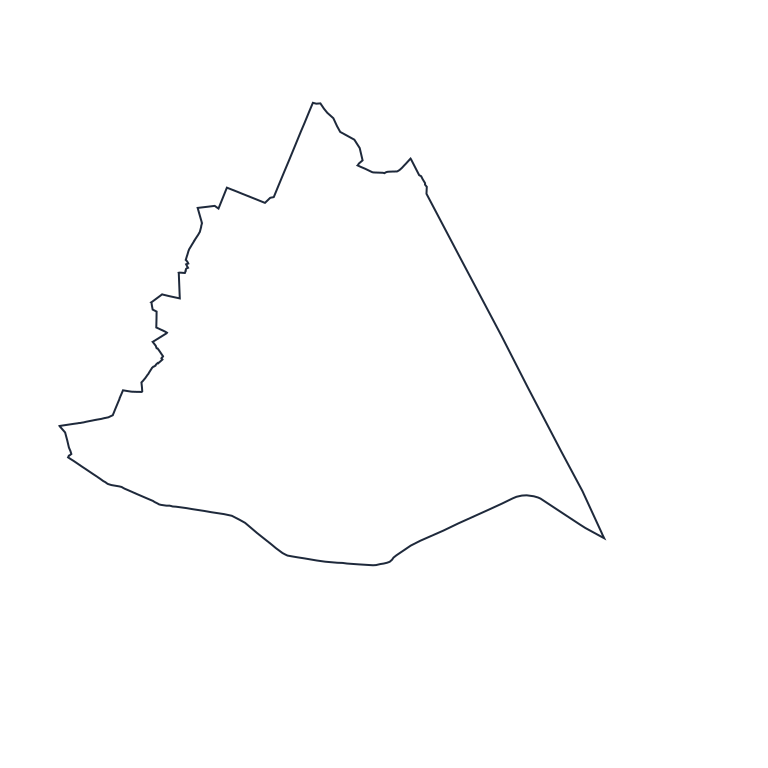 outline of Nagļu pag., Rezeknes, Latvia, rotated 118°
{"feature_id": "27541924B68754646621039", "entity_name": "Nagļu pag.", "entity_type": "district", "adm_level": 2, "iso_a3": "LVA", "parent_name": "Latvia", "parent_adm1": "Rezeknes", "projection": "orthographic", "projection_center": [26.915, 56.737], "detail": "fine", "context": "isolated", "style": "outline", "palette": "slate", "viewbox_px": 768, "rotation_deg": 118, "n_neighbors": 0, "source": "geoboundaries", "source_scale": "gbopen_adm2", "svg_char_len": 4462}
<svg xmlns="http://www.w3.org/2000/svg" viewBox="0 0 768 768"><g transform="rotate(118 384 384)"><path d="M382.2,617.5L382.4,617.3L382.7,617.1L404.3,604.5L407.2,614.7L408.9,621.3L409.0,622.0L411.4,623.1L416.2,625.4L420.0,627.2L421.1,627.8L421.1,627.7L423.9,625.6L426.9,623.2L426.8,618.8L433.0,615.6L435.4,614.4L441.0,611.6L440.5,602.1L440.6,599.7L441.3,599.8L454.7,607.6L455.0,607.7L455.4,608.0L457.4,603.5L458.7,602.1L459.2,601.5L458.9,600.6L459.9,598.5L462.4,593.8L463.2,592.2L463.4,592.0L465.0,592.5L465.8,592.6L466.1,592.1L466.1,591.7L466.4,591.1L470.4,592.6L470.5,592.7L471.0,592.9L471.6,593.0L471.6,593.6L472.1,593.8L472.3,593.9L473.2,594.2L473.8,594.4L474.3,594.5L474.7,594.4L475.2,594.4L475.5,594.7L476.7,595.4L477.0,595.8L477.6,596.0L478.6,596.4L479.2,596.4L481.5,596.6L483.0,596.7L484.2,596.8L485.7,596.8L487.0,597.1L488.8,597.3L490.3,597.5L491.2,597.6L491.9,597.8L494.4,598.3L496.5,598.9L500.8,596.0L504.0,594.0L504.5,594.1L504.8,594.3L507.2,599.0L507.5,599.6L509.3,603.3L510.6,607.0L512.0,611.2L512.1,611.5L513.2,611.4L515.3,611.2L516.5,611.1L517.4,611.0L517.9,611.0L519.1,610.9L519.6,610.8L520.6,610.8L521.1,610.6L521.8,610.5L522.5,610.4L522.8,610.4L525.1,610.2L528.2,609.9L532.5,609.5L536.1,609.1L537.2,609.0L537.5,609.0L538.9,608.8L540.6,610.1L541.0,610.4L542.1,611.2L542.8,611.7L543.7,612.8L545.3,614.7L545.3,614.8L545.5,615.0L547.6,617.3L550.2,620.7L550.8,621.4L550.8,621.5L551.0,621.7L552.2,623.2L553.3,624.5L554.9,626.5L557.2,629.3L559.0,631.3L559.8,632.4L561.1,634.0L561.8,635.2L562.5,636.0L564.5,638.8L568.8,644.6L571.1,647.7L573.4,650.8L573.5,650.7L576.5,642.8L582.5,637.2L588.0,632.4L590.1,629.8L590.3,629.5L590.4,629.4L592.6,627.2L594.8,628.2L595.2,628.6L595.8,628.6L596.2,628.5L597.1,628.5L597.4,625.2L597.6,622.3L597.9,619.4L598.7,612.3L599.6,603.2L600.0,599.4L600.1,598.5L600.4,595.2L601.0,589.8L601.5,586.3L601.5,584.6L601.5,583.9L601.8,582.1L601.9,580.9L601.7,579.8L601.2,577.2L600.6,575.4L598.7,569.7L598.1,567.3L598.2,565.4L598.2,563.8L597.9,560.4L597.2,550.8L596.3,539.8L595.7,533.0L595.9,531.3L595.8,527.8L595.9,526.1L595.4,524.1L593.5,518.8L592.2,516.5L591.7,514.8L591.4,513.2L590.0,510.1L586.3,500.1L584.5,494.6L580.5,483.2L578.2,476.1L574.0,464.2L571.8,456.5L571.7,447.6L571.8,441.5L573.3,434.6L575.2,426.0L578.5,408.0L579.7,402.3L580.9,394.3L580.9,391.1L580.8,388.7L579.4,384.3L577.5,378.6L575.4,372.6L571.4,360.5L568.5,352.5L563.7,341.2L561.4,336.5L559.9,332.4L555.2,321.8L551.2,313.0L549.2,308.6L547.6,306.0L544.7,302.7L542.7,300.0L540.4,297.4L538.3,295.5L535.4,294.4L532.8,294.1L530.3,293.0L529.8,292.8L529.2,292.5L514.1,284.5L505.4,278.4L485.5,262.7L472.7,253.3L472.4,253.1L467.5,249.3L445.9,232.6L434.1,223.6L424.6,216.7L421.4,214.1L417.8,209.9L415.3,205.8L412.8,199.0L411.9,194.7L411.7,192.0L414.6,161.3L416.1,145.1L416.6,138.7L416.8,120.4L416.8,119.4L416.8,117.2L413.8,121.3L413.5,121.6L385.4,158.5L360.5,195.6L319.4,255.6L286.6,302.5L235.3,378.2L196.1,435.8L189.8,438.8L188.7,441.4L187.4,442.0L184.9,446.2L183.1,448.7L183.1,451.0L173.2,465.2L172.8,465.8L172.5,466.4L179.2,468.1L181.6,468.8L184.7,469.6L187.7,470.7L189.1,471.5L190.0,472.1L190.3,472.4L190.9,473.5L192.7,476.7L194.7,480.1L195.1,480.6L195.8,481.4L196.9,482.2L197.6,482.5L197.8,483.3L198.1,484.3L202.0,492.3L202.3,493.1L202.5,493.9L202.8,501.7L203.2,506.3L203.4,509.9L203.1,509.8L201.2,509.7L196.6,507.9L187.1,516.2L182.2,524.9L182.1,531.5L182.0,541.0L178.4,546.5L173.1,553.5L171.2,561.3L169.1,566.3L166.1,571.9L168.3,575.4L169.1,578.8L177.9,578.0L191.0,576.7L200.3,575.9L215.3,574.4L230.5,572.9L243.7,571.7L258.4,570.3L270.4,569.1L270.7,569.1L271.1,569.5L271.8,570.4L272.5,571.3L273.1,571.9L274.6,572.4L276.2,572.9L278.3,573.6L279.9,574.1L280.0,574.4L281.0,584.0L282.6,598.5L283.1,603.6L284.4,614.9L294.6,613.8L306.8,612.5L306.2,617.1L309.7,622.1L316.0,631.2L318.2,629.1L320.6,626.8L323.5,624.0L326.5,621.1L327.4,620.5L327.5,620.3L327.5,620.2L330.6,619.5L331.0,619.2L332.4,618.9L334.1,618.5L336.3,618.0L337.5,618.1L339.1,618.1L342.1,618.4L346.4,618.8L346.4,618.7L351.0,619.0L353.3,619.1L356.6,619.3L357.9,619.1L358.3,619.1L362.1,618.3L363.4,618.1L367.4,617.3L367.5,617.3L367.7,616.5L367.9,616.2L368.0,615.8L368.3,615.3L368.5,614.9L368.7,614.5L368.9,614.2L369.2,613.8L369.5,613.4L369.6,613.5L371.2,614.9L372.4,613.2L373.4,611.6L374.5,612.5L375.0,612.7L375.4,612.8L375.8,612.7L377.2,612.4L377.3,612.1L378.0,612.1L378.5,612.1L378.8,612.0L379.4,611.9L379.5,612.0L381.2,615.9L381.7,616.9L382.2,617.5Z" fill="none" stroke="#1e293b" stroke-width="2"/></g></svg>